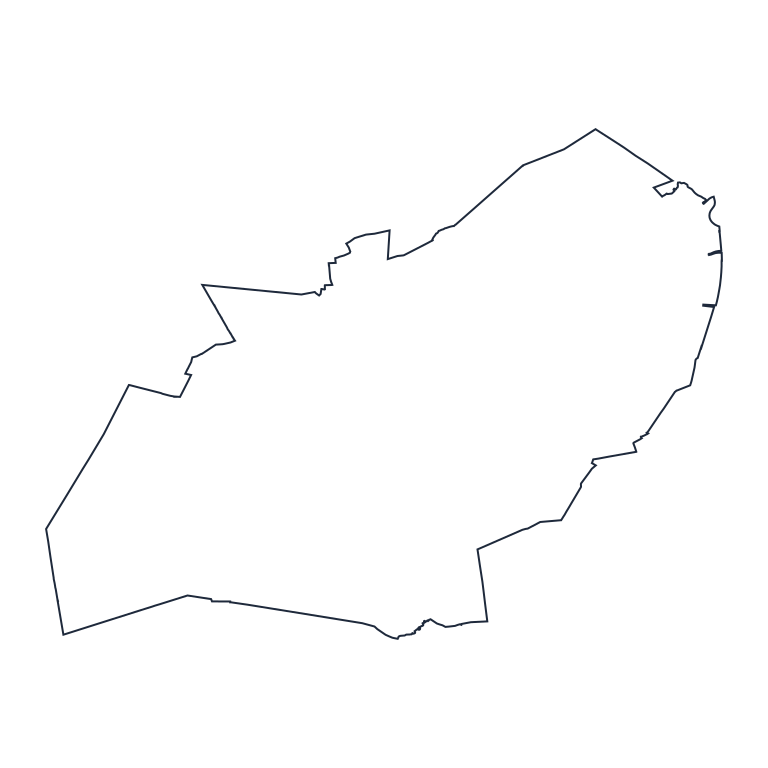 outline of Zundert, Noord-Brabant, Netherlands
{"feature_id": "6326949B5198989789548", "entity_name": "Zundert", "entity_type": "district", "adm_level": 2, "iso_a3": "NLD", "parent_name": "Netherlands", "parent_adm1": "Noord-Brabant", "projection": "equal_earth", "projection_center": [4.663, 51.486], "detail": "fine", "context": "isolated", "style": "outline", "palette": "slate", "viewbox_px": 768, "rotation_deg": 0, "n_neighbors": 0, "source": "geoboundaries", "source_scale": "gbopen_adm2", "svg_char_len": 5916}
<svg xmlns="http://www.w3.org/2000/svg" viewBox="0 0 768 768"><path d="M595.5,129.2L564.0,149.3L523.6,165.1L522.9,165.8L522.7,165.6L473.5,209.0L455.4,224.9L455.6,224.5L453.9,226.1L453.4,226.0L451.4,226.4L449.5,226.9L446.0,228.1L444.9,228.3L443.5,229.2L441.5,229.8L439.8,230.6L438.7,230.9L438.4,231.6L438.1,232.0L437.7,232.7L437.5,232.9L437.1,233.1L436.9,233.3L436.2,233.5L435.9,233.8L435.5,234.6L433.3,237.6L432.2,239.9L432.3,240.0L432.5,239.6L432.8,240.2L432.7,240.3L431.9,240.8L431.6,241.0L431.0,241.2L428.1,242.8L404.0,255.2L403.3,255.4L397.5,256.0L387.8,259.1L389.6,230.4L374.6,233.7L366.0,234.6L355.0,238.0L354.4,238.3L349.9,241.6L346.3,243.6L348.8,247.6L350.5,252.3L350.8,252.3L350.1,252.5L348.6,253.5L344.0,255.5L339.6,256.7L337.5,257.6L335.2,258.2L335.7,262.9L328.7,263.2L328.9,265.5L329.1,265.5L330.2,278.7L331.1,281.8L332.3,284.9L331.9,285.0L324.9,285.2L324.8,285.3L324.9,289.3L324.5,289.5L321.8,289.0L321.4,289.0L320.6,294.0L319.1,295.5L316.7,293.8L315.8,293.1L314.8,292.0L301.4,294.5L202.3,284.9L211.6,301.0L214.3,305.5L214.5,305.4L215.3,307.0L215.2,307.0L217.8,311.6L218.7,313.4L219.6,314.6L221.2,317.5L221.4,317.5L221.8,318.3L221.7,318.4L227.0,327.6L227.5,328.8L227.8,329.4L229.0,331.0L230.3,333.3L230.5,333.3L231.1,334.4L232.6,337.2L232.8,337.2L233.7,338.7L233.6,338.8L235.0,340.7L230.5,342.5L224.3,343.9L222.6,344.2L219.9,344.4L215.9,344.6L201.7,354.0L201.3,353.9L196.8,356.3L192.3,357.4L191.7,359.7L191.4,361.1L191.2,362.0L188.9,366.5L187.8,368.8L187.5,369.1L185.3,373.7L191.1,375.0L188.1,381.1L183.2,390.7L180.0,396.9L175.7,396.6L175.8,396.8L174.8,396.8L174.9,396.6L170.2,395.8L162.5,393.8L161.0,393.1L140.1,387.8L129.7,385.1L128.9,385.0L103.8,434.1L88.6,459.5L82.8,468.8L67.9,493.4L46.1,529.0L48.2,541.4L50.4,556.6L53.6,577.4L53.7,578.0L53.7,578.9L54.6,583.1L55.1,586.1L55.3,587.6L55.7,589.0L57.6,600.4L57.8,600.4L57.9,600.8L57.6,600.8L57.9,602.4L63.4,634.7L141.3,610.0L152.2,606.6L154.8,605.7L159.5,604.3L187.5,595.5L211.1,599.1L212.0,601.4L230.2,601.5L230.2,602.3L230.9,602.3L247.6,604.7L362.3,623.2L374.5,626.5L377.3,629.1L385.6,634.8L389.2,636.4L392.3,637.7L394.1,638.1L397.7,638.8L397.9,638.2L398.2,637.9L398.6,636.7L398.8,636.5L399.5,636.1L400.6,635.8L404.7,635.5L405.9,634.8L406.3,634.6L409.6,634.5L410.9,634.3L411.6,634.3L411.9,634.1L412.3,633.3L412.4,633.1L412.6,633.1L413.0,633.4L413.2,633.6L413.5,633.7L414.6,633.3L415.0,633.0L415.1,632.8L415.1,632.3L414.6,631.2L415.8,630.3L416.5,629.7L417.0,629.3L417.5,629.3L418.4,629.7L419.0,629.7L419.5,629.7L420.0,629.2L420.1,628.7L420.1,628.1L420.1,627.8L419.9,627.7L419.6,627.7L418.9,627.8L418.6,627.7L418.9,627.3L420.5,626.7L421.1,626.3L421.4,626.1L422.4,625.9L423.1,625.4L423.2,625.2L423.3,624.8L423.2,624.5L422.6,623.6L422.6,623.4L422.6,623.2L422.8,623.1L423.5,623.3L424.3,622.7L425.1,622.2L425.0,621.8L424.8,621.7L424.3,621.6L424.0,621.4L424.0,621.2L424.4,620.9L424.7,621.0L425.5,621.3L426.7,621.3L427.1,620.7L427.4,620.5L427.7,620.4L428.2,620.9L428.8,620.4L428.9,620.1L429.1,619.8L429.5,619.6L430.3,619.5L430.6,619.3L436.9,623.5L439.2,624.3L442.5,625.3L445.4,626.9L448.8,626.6L454.9,625.9L455.3,625.8L457.7,624.9L459.8,624.3L461.3,624.8L461.4,624.0L470.9,622.2L487.3,621.4L485.0,603.1L483.6,591.4L482.4,581.7L480.0,566.2L477.5,549.4L522.4,529.8L525.7,528.9L527.7,528.6L540.2,522.0L561.2,520.2L561.3,519.9L561.5,519.5L561.8,519.2L563.4,516.6L564.6,514.8L566.5,511.4L566.7,511.1L570.2,505.3L570.4,504.9L580.8,487.3L581.0,486.8L581.0,486.3L580.9,484.0L581.1,483.4L588.9,472.9L591.9,468.7L595.8,465.4L591.9,463.1L592.2,462.5L593.2,459.4L593.4,459.3L593.9,459.3L598.4,458.6L609.1,456.6L636.3,451.8L636.3,451.7L634.9,447.4L633.4,443.5L633.4,443.1L633.6,442.8L634.0,442.5L640.1,439.3L641.6,438.3L641.3,438.1L641.0,437.3L640.8,436.9L640.9,436.7L641.4,436.8L641.7,436.7L642.2,436.3L643.4,435.9L645.3,435.0L645.7,434.7L646.6,434.4L647.5,433.9L648.0,433.5L647.4,433.3L646.8,432.9L646.7,432.7L647.3,432.5L647.5,432.2L648.7,430.6L660.7,412.8L663.6,408.8L674.9,391.9L675.4,391.6L676.6,390.5L677.0,390.5L690.2,385.3L690.4,384.6L691.0,382.8L691.6,380.7L694.5,367.7L694.8,365.6L695.5,360.1L695.9,359.4L696.3,358.9L697.0,358.3L697.7,358.0L701.2,347.1L701.4,347.5L711.1,316.9L714.1,307.0L703.2,305.7L703.3,304.6L715.9,305.3L716.9,301.5L717.9,297.1L718.4,294.4L719.3,289.4L720.0,285.3L720.4,281.7L720.9,277.3L721.3,272.2L721.6,266.4L721.6,261.1L721.7,260.1L721.9,260.2L721.8,256.6L721.7,252.9L721.3,252.8L718.8,252.7L716.8,252.9L715.4,253.1L713.5,253.7L711.0,254.6L709.1,255.0L709.0,254.4L708.7,254.4L708.7,254.0L709.0,253.8L709.9,253.8L710.6,253.6L713.7,252.2L715.8,251.5L718.4,251.0L721.3,250.8L720.8,244.9L720.2,238.4L719.6,231.9L719.3,231.9L719.2,231.0L719.7,230.9L719.3,226.5L717.4,225.8L715.3,224.8L714.4,224.2L712.7,222.8L711.9,222.0L711.3,221.2L710.7,220.4L710.3,219.5L709.9,218.6L709.6,217.6L709.5,216.7L709.4,215.7L709.5,214.7L709.6,213.8L709.8,212.9L710.2,211.9L710.6,211.0L711.1,210.2L713.9,206.3L714.6,204.9L714.7,204.2L714.9,202.7L714.8,201.1L714.6,200.3L713.7,196.7L712.0,197.2L710.9,197.7L709.3,198.7L707.5,200.4L703.7,203.8L703.1,203.4L702.9,202.8L703.5,202.1L704.5,201.8L706.1,200.0L705.7,199.7L705.3,199.1L704.9,198.8L704.2,198.5L703.0,197.9L701.3,196.7L698.0,195.3L695.9,193.8L695.0,193.0L694.4,192.4L692.2,189.7L691.6,189.1L690.6,188.5L688.1,187.2L687.6,186.6L687.5,185.4L687.4,185.0L686.6,184.3L684.0,182.9L681.3,183.3L680.8,183.0L680.4,182.6L679.8,182.4L678.9,182.5L678.0,182.6L677.7,184.2L677.9,185.6L677.9,186.2L677.7,187.1L677.6,187.4L677.1,187.6L676.9,187.8L676.7,188.1L676.0,189.3L675.7,189.5L675.4,189.5L674.9,189.0L674.3,188.7L674.1,188.7L674.0,188.8L673.6,189.4L673.5,189.7L673.7,190.0L674.3,190.5L674.5,190.7L674.5,190.9L674.4,191.2L673.8,191.7L672.0,193.4L671.5,193.6L668.1,194.0L667.4,194.0L667.3,193.9L667.0,193.7L666.8,193.6L666.6,193.6L665.4,194.6L663.9,195.5L662.8,196.0L662.1,196.6L653.8,187.6L672.5,180.7L647.8,163.5L635.7,155.8L624.2,147.7L614.2,141.2L595.5,129.2Z" fill="none" stroke="#1e293b" stroke-width="2"/></svg>